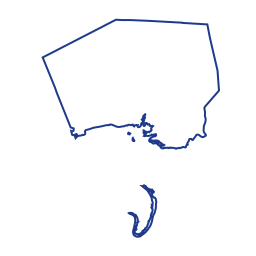 the district of East Malaita, Malaita, Solomon Islands, rotated 93°
{"feature_id": "97153195B67887401050589", "entity_name": "East Malaita", "entity_type": "district", "adm_level": 2, "iso_a3": "SLB", "parent_name": "Solomon Islands", "parent_adm1": "Malaita", "projection": "albers", "projection_center": [160.97, -8.778], "detail": "fine", "context": "isolated", "style": "outline", "palette": "blue", "viewbox_px": 256, "rotation_deg": 93, "n_neighbors": 0, "source": "geoboundaries", "source_scale": "gbopen_adm2", "svg_char_len": 5922}
<svg xmlns="http://www.w3.org/2000/svg" viewBox="0 0 256 256"><g transform="rotate(93 128 128)"><path d="M85.9,39.1L66.0,41.6L33.7,50.9L20.4,54.2L20.2,79.2L20.0,79.3L19.9,112.9L20.1,131.5L20.5,139.4L20.5,145.7L62.0,216.9L91.3,203.1L96.9,200.8L130.4,185.3L131.3,182.2L133.5,182.2L134.3,183.3L133.9,184.6L137.6,183.5L138.1,182.2L137.3,180.5L138.2,180.5L137.9,179.4L137.1,179.5L136.8,179.0L138.2,178.2L140.0,180.2L140.9,179.8L139.6,178.8L138.6,177.3L138.1,175.9L138.1,175.2L138.0,174.6L137.2,172.9L137.3,171.9L136.8,171.0L136.3,170.5L135.3,170.4L134.5,170.5L134.0,170.8L133.4,170.7L132.8,170.5L132.2,169.8L131.3,166.8L129.5,162.3L128.0,155.6L126.4,150.1L126.0,146.6L125.6,146.4L125.4,146.0L125.5,144.3L127.1,139.9L127.4,138.5L127.4,136.3L126.7,133.8L126.5,132.0L125.5,130.0L125.4,129.3L125.6,128.7L125.0,128.0L124.7,127.2L125.0,125.3L124.8,124.1L124.4,123.8L124.4,123.5L124.9,123.0L125.8,122.5L126.0,121.9L125.0,121.8L124.9,120.5L124.6,119.9L124.5,119.4L124.8,119.0L124.7,118.4L125.5,118.6L126.0,118.5L126.4,118.1L126.6,117.7L126.5,116.8L125.9,116.0L124.5,115.1L123.4,115.1L122.5,114.8L121.9,113.6L120.9,113.5L119.8,113.8L119.0,114.5L118.8,114.1L117.8,114.0L117.2,113.7L115.7,113.4L115.1,113.2L113.4,111.6L113.6,111.4L115.1,112.1L116.8,111.5L118.4,112.4L119.1,112.2L120.7,112.7L121.8,112.6L123.5,113.0L124.4,112.8L124.7,112.3L125.0,112.3L125.1,111.8L124.5,111.2L123.1,110.7L122.2,110.7L122.0,109.7L122.5,109.1L123.3,108.7L123.6,108.3L123.3,107.5L123.0,107.2L123.5,106.6L124.6,106.3L124.9,106.0L124.9,104.6L124.5,103.8L124.8,103.1L125.2,103.4L125.6,104.0L127.2,104.9L128.1,104.6L128.7,104.7L128.9,104.4L129.2,104.5L129.9,105.2L130.1,105.7L130.9,106.2L130.6,106.5L130.6,107.0L131.3,108.7L130.6,110.2L130.5,111.2L129.7,111.8L129.6,112.3L131.8,112.2L132.0,112.1L131.9,111.8L132.5,112.0L132.7,111.8L132.8,111.6L132.6,111.3L132.2,111.4L132.0,111.1L131.7,109.8L131.9,109.2L135.1,111.6L135.3,110.8L134.7,109.6L134.9,108.8L134.9,107.6L134.3,105.0L133.9,104.6L133.8,104.2L133.4,104.0L133.6,103.4L132.7,99.9L132.9,99.7L133.1,99.8L134.0,99.6L134.8,100.3L134.9,101.4L136.0,103.6L136.9,104.9L137.3,105.1L138.0,105.9L138.3,105.9L138.9,104.8L139.3,102.5L139.3,100.8L138.9,99.8L139.1,98.9L139.0,98.0L139.7,96.3L140.1,96.1L141.0,95.0L141.4,93.9L143.0,92.2L142.8,91.1L143.0,90.9L143.7,92.0L143.9,92.5L143.9,92.9L143.2,93.9L142.0,94.1L141.5,94.3L140.5,96.3L141.5,96.6L142.4,97.4L142.8,97.4L143.3,97.0L143.4,96.8L143.4,96.4L143.7,96.4L143.9,95.9L143.9,95.2L144.6,95.0L144.6,94.7L145.1,94.4L145.7,94.2L145.8,93.8L146.2,93.7L146.5,93.1L146.5,91.5L145.8,91.1L145.8,90.9L146.0,91.0L146.1,90.8L146.0,90.4L145.8,90.3L145.9,88.9L145.6,88.0L145.9,86.8L145.6,86.3L145.4,85.3L145.4,84.8L145.6,84.9L145.4,84.1L145.6,83.7L145.4,81.9L145.7,80.8L145.8,79.4L146.1,79.2L146.1,78.7L145.8,78.4L145.7,77.7L145.4,77.2L145.4,76.6L145.1,75.9L145.4,75.2L145.2,74.7L145.1,74.1L144.8,73.8L144.6,72.9L144.1,72.5L144.1,71.2L144.4,70.4L144.3,69.5L143.7,69.0L142.7,69.0L142.2,68.8L141.8,68.4L141.6,67.5L141.1,67.5L140.7,67.9L140.2,68.0L138.4,67.0L138.3,66.8L136.0,66.2L135.7,65.8L135.6,64.2L136.4,63.5L136.6,62.7L133.4,60.5L131.4,59.4L130.9,58.0L131.2,56.8L132.3,55.3L133.2,53.6L133.1,52.4L131.8,50.1L131.0,49.8L127.9,52.1L126.2,52.4L122.0,52.3L117.9,51.0L114.8,50.9L112.1,51.8L108.3,51.9L104.0,52.8L102.6,52.2L85.9,39.1ZM236.1,112.8L235.6,110.2L232.0,105.9L230.9,104.8L228.2,102.8L224.9,100.8L223.4,100.2L220.9,99.4L215.1,98.5L213.7,98.1L212.1,97.3L210.3,96.7L206.3,96.0L203.5,96.1L201.0,96.0L200.2,95.8L198.9,96.3L197.5,96.5L196.5,97.2L196.1,97.7L196.3,98.2L194.9,99.8L194.6,100.1L191.8,100.9L190.4,101.8L190.2,102.2L190.0,101.9L189.5,101.9L189.8,102.4L189.7,102.5L189.3,103.0L187.2,105.2L186.1,106.6L185.1,107.4L184.4,108.8L184.4,109.1L185.3,109.8L185.3,110.8L189.3,105.4L193.5,102.4L196.8,100.7L199.5,100.1L200.2,99.7L201.5,99.4L204.0,99.5L203.5,99.8L203.5,100.2L204.0,100.0L204.5,99.6L205.1,100.2L206.2,100.5L206.8,100.0L206.8,99.8L207.0,99.7L207.3,99.8L207.8,99.2L208.9,99.1L212.2,99.8L212.2,100.0L211.7,99.9L211.9,100.1L214.1,100.6L214.5,100.3L217.4,101.1L220.1,102.2L220.0,102.5L220.4,102.7L220.6,102.4L221.0,102.4L225.9,104.0L226.7,104.7L227.3,105.5L227.9,105.3L227.8,105.7L228.1,105.7L228.3,105.9L228.7,105.9L229.2,106.3L229.2,107.1L229.6,107.5L229.7,107.1L229.5,106.6L229.8,107.1L230.3,107.1L230.5,107.5L231.0,107.6L230.9,107.8L231.0,108.2L230.7,108.1L230.6,107.7L230.6,108.3L231.1,108.5L231.6,108.4L232.0,108.6L232.4,109.6L232.9,110.1L232.9,110.6L233.6,110.9L234.0,111.5L233.8,111.6L233.9,112.1L233.6,112.3L233.8,112.6L233.7,113.3L233.2,113.7L233.3,114.7L232.7,115.4L231.4,116.0L230.5,116.0L229.0,114.4L228.8,114.6L229.4,115.1L229.2,115.2L229.4,115.6L229.2,115.7L228.9,115.6L227.9,114.5L227.5,114.6L227.3,114.9L225.6,114.5L225.3,114.3L225.1,114.6L224.4,113.9L222.3,113.7L222.2,113.9L221.6,113.3L221.6,113.6L221.1,113.3L218.7,113.5L216.8,114.2L214.6,115.6L213.8,117.6L212.8,119.0L212.6,120.1L212.6,120.7L212.7,122.4L212.9,122.7L213.6,121.8L214.2,119.7L214.8,118.4L215.9,117.1L217.2,116.3L220.0,115.9L222.1,116.0L226.6,116.7L230.6,117.5L232.5,117.4L234.4,116.7L234.8,116.3L235.6,115.0L236.1,113.5L236.1,112.8ZM142.3,101.8L142.0,101.0L141.3,100.4L140.3,100.6L139.9,101.0L139.5,103.4L139.6,104.4L139.3,105.5L139.6,106.2L139.9,106.1L140.2,105.7L140.8,105.2L140.6,104.5L140.1,104.2L141.4,103.4L142.3,101.8ZM140.8,121.6L140.7,121.1L140.3,121.0L137.7,122.6L138.0,122.8L138.6,122.9L140.1,122.7L140.5,122.4L140.8,121.6ZM141.4,97.2L141.2,96.6L140.4,96.8L140.2,97.7L139.6,98.5L139.6,98.8L140.6,99.0L141.0,98.8L141.4,97.9L141.4,97.2ZM191.3,99.3L191.1,99.0L190.3,98.8L189.9,99.5L189.7,99.5L188.6,100.4L188.7,100.6L188.3,100.9L188.5,101.3L188.4,101.7L189.0,101.2L189.0,100.7L189.4,100.1L189.8,100.0L190.5,100.2L191.2,99.8L191.3,99.3ZM134.3,126.1L133.4,125.5L132.6,127.1L132.9,127.5L133.8,127.6L134.1,127.4L134.0,127.0L134.3,126.1ZM142.0,99.0L141.6,98.5L141.2,98.6L141.0,99.1L141.1,99.5L141.5,99.6L141.9,99.4L142.0,99.0Z" fill="none" stroke="#1e3a8a" stroke-width="2"/></g></svg>